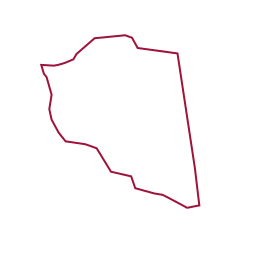 the district of Zavxanmandal, Dzavhan, Mongolia, rotated 72°
{"feature_id": "93677404B82656754241249", "entity_name": "Zavxanmandal", "entity_type": "district", "adm_level": 2, "iso_a3": "MNG", "parent_name": "Mongolia", "parent_adm1": "Dzavhan", "projection": "orthographic", "projection_center": [94.963, 48.138], "detail": "fine", "context": "isolated", "style": "outline", "palette": "rose", "viewbox_px": 256, "rotation_deg": 72, "n_neighbors": 0, "source": "geoboundaries", "source_scale": "gbopen_adm2", "svg_char_len": 872}
<svg xmlns="http://www.w3.org/2000/svg" viewBox="0 0 256 256"><g transform="rotate(72 128 128)"><path d="M186.9,76.8L72.4,57.9L71.6,59.4L71.3,60.0L71.2,60.2L71.2,60.3L70.9,60.8L70.9,61.0L68.4,66.1L54.9,94.1L43.4,96.3L41.0,99.4L40.9,99.5L38.9,102.1L36.2,114.4L34.8,120.7L34.8,120.9L32.3,132.0L41.7,154.1L45.8,158.7L46.6,168.2L46.4,174.7L45.8,179.2L41.2,191.0L50.4,191.2L54.5,189.7L72.8,190.4L85.7,197.0L96.3,198.1L99.0,197.6L103.4,196.8L111.0,195.4L121.4,191.5L122.8,188.6L125.5,183.2L128.7,176.7L130.2,173.7L133.2,169.7L137.6,164.1L137.9,164.0L164.3,157.7L175.0,139.9L176.9,139.9L187.5,139.7L190.6,135.0L194.1,129.8L194.1,129.6L197.3,124.9L198.2,123.5L202.3,115.7L207.4,110.6L207.5,110.5L213.2,105.0L213.3,104.9L216.4,101.9L216.6,101.7L222.1,96.5L222.1,96.4L222.4,94.7L222.7,92.1L223.1,88.3L223.7,84.1L186.9,76.8Z" fill="none" stroke="#9f1239" stroke-width="2"/></g></svg>